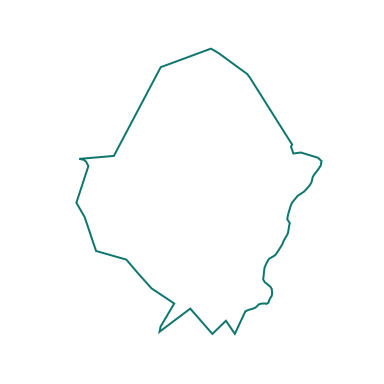 Nova Santa Rita, Piauí, Brazil (Natural Earth projection), rotated 195°
{"feature_id": "56859067B4327076074901", "entity_name": "Nova Santa Rita", "entity_type": "district", "adm_level": 2, "iso_a3": "BRA", "parent_name": "Brazil", "parent_adm1": "Piauí", "projection": "natural_earth1", "projection_center": [-42.096, -8.116], "detail": "fine", "context": "isolated", "style": "outline", "palette": "teal", "viewbox_px": 384, "rotation_deg": 195, "n_neighbors": 0, "source": "geoboundaries", "source_scale": "gbopen_adm2", "svg_char_len": 1175}
<svg xmlns="http://www.w3.org/2000/svg" viewBox="0 0 384 384"><g transform="rotate(195 192 192)"><path d="M187.2,48.6L163.5,78.9L135.6,60.2L125.9,76.4L113.9,66.1L109.6,90.5L106.8,92.8L102.8,95.2L100.7,96.8L98.3,100.8L95.7,102.3L93.0,103.1L91.0,103.3L89.5,104.9L89.2,109.1L88.1,112.2L88.4,115.0L89.7,118.6L91.6,120.7L98.5,123.8L100.7,126.1L101.1,129.4L101.8,133.8L102.3,137.5L101.9,141.1L101.2,144.4L100.4,147.2L98.9,148.8L96.3,151.4L94.8,153.5L93.9,156.3L92.2,161.5L91.2,165.1L91.0,167.4L90.3,170.8L89.3,174.1L88.7,176.8L89.0,180.9L89.4,183.8L89.5,187.2L93.0,190.4L93.3,194.5L93.3,197.6L93.1,204.6L92.6,207.5L91.5,210.0L88.9,215.7L85.5,219.5L83.9,221.3L82.0,224.8L80.0,229.0L79.1,232.1L79.1,234.9L79.3,237.4L78.7,239.8L76.8,244.4L75.8,247.0L74.5,250.8L74.9,255.4L79.3,257.7L97.1,258.3L104.0,255.4L108.1,261.3L107.6,263.8L119.7,274.9L165.7,317.5L169.3,320.3L180.8,324.7L201.6,332.8L210.8,335.4L254.5,304.5L256.1,297.5L274.4,217.3L276.8,206.7L283.2,204.3L309.5,194.8L304.9,195.1L302.2,193.9L298.8,190.2L300.9,151.7L289.2,140.0L269.4,110.2L262.4,110.1L237.9,109.7L223.7,99.9L206.3,88.5L180.3,79.7L187.5,53.9L187.2,48.6Z" fill="none" stroke="#0f766e" stroke-width="2"/></g></svg>